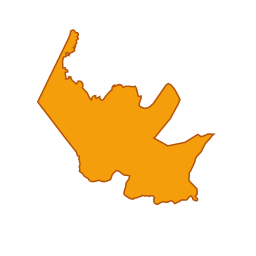 SVG path tracing the border of Quiché, rotated 296°
{"feature_id": "GTM-3467", "entity_name": "Quiché", "entity_type": "Department", "adm_level": 1, "iso_a3": "GTM", "parent_name": "Guatemala", "parent_adm1": "", "projection": "mercator", "projection_center": [-90.931, 15.443], "detail": "fine", "context": "isolated", "style": "filled", "palette": "amber", "viewbox_px": 256, "rotation_deg": 296, "n_neighbors": 0, "source": "natural_earth", "source_scale": "10m", "svg_char_len": 3652}
<svg xmlns="http://www.w3.org/2000/svg" viewBox="0 0 256 256"><g transform="rotate(296 128 128)"><path d="M111.9,35.4L112.7,35.4L132.4,35.3L152.0,35.3L171.7,35.3L184.4,35.2L187.2,34.9L189.8,34.0L191.5,34.9L192.2,36.0L191.9,37.4L190.7,39.1L191.5,40.7L190.9,42.0L189.5,42.7L187.8,42.0L187.5,42.8L187.0,43.4L186.8,44.1L185.9,44.1L184.2,43.1L181.4,44.8L180.0,44.1L179.0,44.1L178.5,45.1L178.0,45.1L177.0,44.1L176.7,44.6L176.5,45.1L176.3,45.1L176.1,44.1L175.5,44.8L174.6,45.6L174.1,46.1L172.2,45.1L171.0,43.9L169.5,43.0L167.1,43.1L167.1,42.0L167.8,41.8L168.5,41.4L169.2,41.1L169.2,40.0L168.2,39.4L167.4,39.4L166.7,39.9L166.3,41.1L165.3,41.1L163.3,39.0L159.6,39.8L153.5,43.1L154.6,45.1L153.3,46.0L153.3,46.6L153.6,47.4L153.1,48.6L152.1,49.2L151.4,48.6L151.0,47.6L150.6,47.2L149.0,47.9L146.8,49.8L144.9,50.2L144.9,51.3L145.5,51.8L146.7,53.2L147.7,52.2L147.9,52.7L147.9,53.0L148.0,53.1L148.8,53.2L148.8,54.3L147.3,55.3L146.2,57.4L144.9,62.3L148.4,62.7L149.3,65.3L147.8,68.2L144.3,69.5L143.7,70.4L141.9,75.6L138.0,80.5L137.1,82.7L138.9,82.4L140.6,82.6L142.0,83.4L142.9,84.7L142.2,85.0L141.6,85.5L140.9,85.8L140.9,86.7L143.0,88.3L143.8,88.8L141.9,90.2L141.3,91.9L142.4,93.3L147.7,94.2L153.8,96.0L155.5,96.9L156.6,96.2L158.0,96.0L159.3,96.2L160.4,96.9L159.9,97.0L159.5,97.0L159.3,97.2L159.4,97.9L162.1,99.7L163.5,101.6L163.6,103.7L162.4,106.1L164.5,107.6L166.0,110.7L166.9,113.7L167.7,115.1L168.6,115.9L167.6,117.7L166.1,119.3L165.3,119.7L161.3,123.2L161.3,124.3L162.5,125.8L160.7,126.7L155.0,127.3L153.1,128.3L152.5,130.6L152.8,133.3L153.5,135.4L156.5,138.2L160.9,140.0L183.3,143.4L185.6,144.7L185.5,147.7L184.1,151.1L182.8,153.6L181.9,154.9L176.5,162.2L171.8,162.6L155.1,161.9L131.5,156.3L130.3,155.7L129.4,171.7L140.1,185.5L152.9,193.6L152.8,194.2L152.2,197.5L154.7,200.1L155.7,201.0L156.6,201.6L157.7,202.6L158.3,204.0L160.0,207.8L158.0,207.0L152.9,205.9L148.7,204.5L146.3,204.2L138.9,204.2L132.1,202.2L129.9,202.2L128.0,202.5L126.3,202.9L117.0,203.1L114.4,202.6L112.0,204.1L109.6,204.8L108.2,205.5L107.7,205.9L106.8,207.4L103.6,216.5L102.5,217.3L98.7,219.2L96.4,218.4L95.7,218.8L95.1,220.8L95.0,221.1L94.8,221.4L94.6,221.7L94.3,221.9L93.9,222.0L93.5,222.0L93.1,222.0L92.7,221.6L92.4,220.9L92.2,219.3L92.2,218.5L92.3,217.9L92.5,217.6L93.7,216.3L94.1,215.7L94.5,215.0L94.5,214.6L94.3,214.2L93.6,213.7L92.0,213.0L91.2,212.8L90.6,212.7L90.2,212.7L89.8,212.6L88.9,212.0L87.6,209.5L86.8,207.6L85.1,206.8L80.6,203.2L80.9,202.3L81.7,199.8L81.6,198.9L81.2,198.1L78.9,196.4L77.9,194.8L77.2,192.2L76.8,191.4L76.5,191.0L74.0,189.1L72.5,188.1L72.2,187.8L72.1,187.5L72.0,187.1L72.0,186.6L72.1,185.4L72.4,184.5L72.9,183.8L74.1,182.9L74.8,182.6L75.4,182.4L76.9,182.4L77.3,182.1L77.6,181.5L77.8,180.0L77.7,179.2L76.9,177.6L75.9,177.3L75.7,175.2L74.3,173.2L73.6,170.3L72.6,169.9L68.6,165.8L68.2,164.8L66.3,163.8L65.6,161.5L65.6,158.9L66.2,154.7L66.9,153.5L68.0,152.7L74.2,151.6L77.4,150.5L78.7,150.5L82.2,151.1L83.5,151.0L85.7,150.4L84.9,147.5L84.1,145.3L84.0,144.4L85.2,139.1L84.9,136.5L81.0,134.6L79.1,134.3L75.0,134.8L74.2,134.8L73.6,134.6L70.9,132.1L70.0,131.1L69.2,129.8L68.6,128.4L68.5,127.6L68.5,125.7L68.3,125.3L68.1,124.8L65.3,121.3L64.8,120.7L64.7,120.3L64.5,120.0L64.2,119.4L64.0,119.0L63.9,118.6L63.8,117.7L63.8,117.2L63.9,116.7L64.0,116.3L64.3,115.6L65.1,114.3L65.3,110.9L65.4,110.3L65.7,109.5L66.2,108.8L67.0,107.1L67.4,105.7L67.6,103.9L67.9,103.3L68.3,103.0L68.8,103.1L69.3,103.0L69.9,102.8L71.7,101.3L72.0,101.1L72.4,101.0L72.8,101.0L73.7,101.0L74.2,100.9L78.1,98.1L78.6,97.3L79.2,97.2L80.4,97.1L81.0,96.9L81.2,96.6L81.1,96.3L81.0,96.0L80.8,95.0L83.4,92.4L83.8,92.0L93.0,73.0L94.4,70.3L111.9,35.4Z" fill="#f59e0b" stroke="#b45309" stroke-width="1.5"/></g></svg>